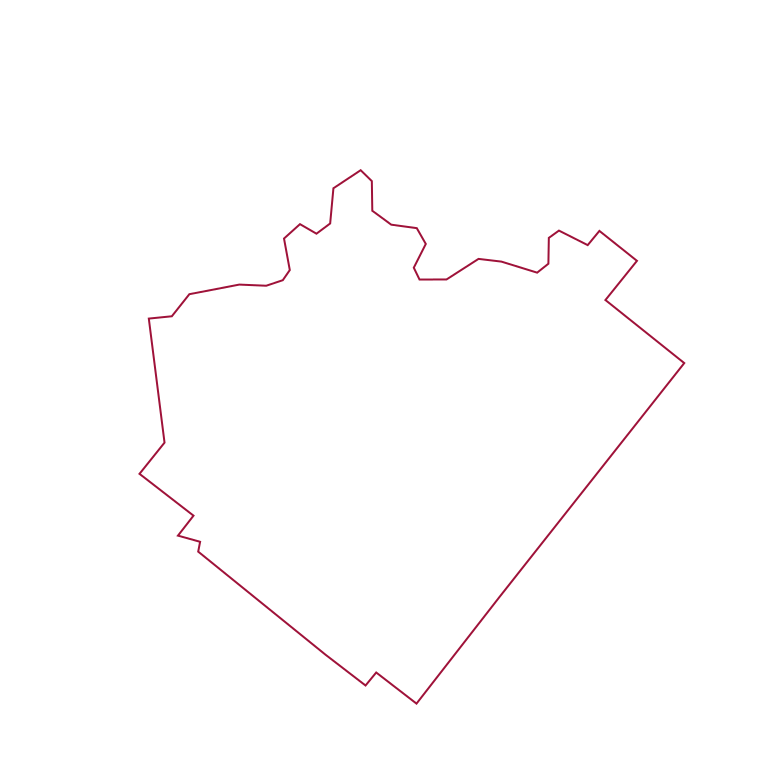 Izard, Arkansas, United States of America (Albers equal-area conic projection), rotated 127°
{"feature_id": "52423323B90005102118407", "entity_name": "Izard", "entity_type": "district", "adm_level": 2, "iso_a3": "USA", "parent_name": "United States of America", "parent_adm1": "Arkansas", "projection": "albers", "projection_center": [-91.982, 36.064], "detail": "fine", "context": "isolated", "style": "outline", "palette": "rose", "viewbox_px": 768, "rotation_deg": 127, "n_neighbors": 0, "source": "geoboundaries", "source_scale": "gbopen_adm2", "svg_char_len": 694}
<svg xmlns="http://www.w3.org/2000/svg" viewBox="0 0 768 768"><g transform="rotate(127 384 384)"><path d="M186.6,156.8L183.7,257.7L133.4,256.1L132.1,304.1L150.5,304.9L156.2,336.6L168.1,340.3L189.0,325.1L202.9,328.7L215.6,363.9L227.2,383.8L262.9,397.0L279.2,418.5L273.2,430.2L247.0,434.9L239.8,451.6L252.4,474.1L252.7,497.6L229.3,515.8L227.3,531.3L258.1,542.2L288.2,523.6L304.6,528.4L306.9,547.3L328.0,551.4L349.7,527.8L362.0,527.3L376.4,537.2L391.7,559.4L429.4,593.5L457.6,594.2L473.3,611.2L562.9,524.0L602.9,525.2L603.8,456.9L629.1,457.3L620.7,435.9L629.7,431.5L635.4,267.8L635.9,217.3L619.1,216.6L619.7,165.7L484.7,163.6L186.6,156.8Z" fill="none" stroke="#9f1239" stroke-width="2"/></g></svg>